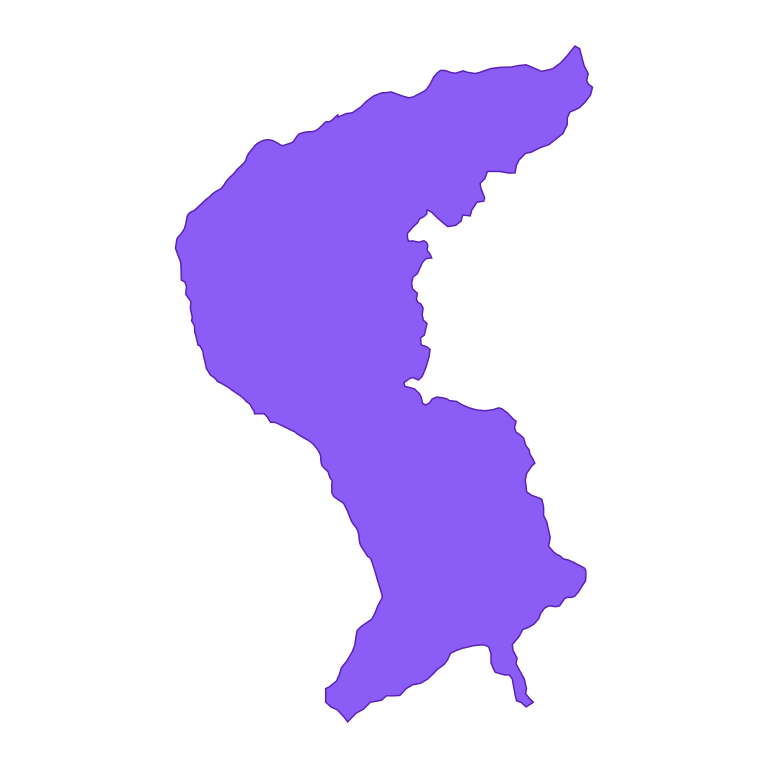 Laukkaing, Shan, Myanmar (Robinson projection)
{"feature_id": "60261553B25476839208576", "entity_name": "Laukkaing", "entity_type": "district", "adm_level": 2, "iso_a3": "MMR", "parent_name": "Myanmar", "parent_adm1": "Shan", "projection": "robinson", "projection_center": [98.649, 23.808], "detail": "fine", "context": "isolated", "style": "filled", "palette": "violet", "viewbox_px": 768, "rotation_deg": 0, "n_neighbors": 0, "source": "geoboundaries", "source_scale": "gbopen_adm2", "svg_char_len": 5813}
<svg xmlns="http://www.w3.org/2000/svg" viewBox="0 0 768 768"><path d="M332.4,494.1L334.0,496.7L340.0,500.9L343.2,503.0L343.7,503.6L344.0,504.0L347.7,511.6L349.2,515.5L351.4,521.1L353.2,523.9L356.4,528.0L358.0,531.5L358.8,535.2L358.9,535.9L359.3,540.4L360.0,543.8L361.0,546.1L364.3,551.1L366.7,554.9L367.5,556.1L368.3,556.7L369.5,557.5L370.5,558.5L371.8,561.6L372.6,563.7L375.0,571.2L377.4,579.8L380.2,588.8L381.3,592.4L381.9,594.6L382.2,596.3L382.2,597.8L377.6,606.3L375.0,613.1L371.8,619.2L366.2,623.0L361.3,626.4L357.1,630.6L356.1,636.2L354.8,645.3L352.2,651.8L346.6,661.3L341.4,667.7L339.4,674.5L336.5,681.0L329.6,686.7L325.7,688.6L325.7,696.9L325.7,702.2L331.2,707.1L337.4,709.8L344.3,717.4L347.6,721.9L356.1,713.2L363.6,709.0L370.4,702.2L381.2,700.3L386.5,695.8L394.0,695.8L399.9,695.4L406.1,688.6L412.6,684.8L420.4,683.3L427.6,679.1L433.2,673.8L437.1,669.6L444.3,664.3L447.6,659.7L450.5,653.3L456.1,650.6L461.9,648.4L467.1,647.2L473.4,645.7L480.2,645.0L484.5,645.0L488.7,646.9L491.0,653.7L491.0,662.8L493.6,669.2L495.3,672.3L504.4,674.9L509.3,674.9L512.3,679.1L513.2,684.4L514.5,691.2L515.2,695.1L516.5,700.7L521.4,702.6L526.1,706.9L533.3,702.3L529.4,698.4L525.6,693.6L526.5,689.0L524.4,679.2L519.6,670.5L516.0,663.7L517.0,658.0L513.0,650.4L512.3,644.4L518.9,636.8L522.8,629.4L528.3,627.5L534.0,624.1L538.7,618.7L540.6,613.4L544.3,608.4L547.9,606.3L549.8,605.9L555.6,606.7L559.6,605.9L561.3,603.3L564.9,598.3L567.7,597.3L571.4,597.4L574.6,596.3L578.4,592.0L582.9,584.8L585.5,581.1L585.9,575.1L585.8,570.7L584.6,568.2L580.8,566.1L576.1,563.8L573.6,562.4L568.3,560.0L563.5,559.0L559.6,555.6L556.7,554.6L553.1,551.4L548.6,546.2L550.2,537.4L548.3,529.2L546.8,522.0L543.6,515.5L543.6,507.3L541.9,499.3L538.8,497.9L531.6,495.3L526.7,491.9L525.3,480.1L526.6,473.5L531.8,465.9L534.8,463.3L533.0,459.2L529.8,453.9L529.2,449.9L525.8,445.6L523.7,438.2L520.0,434.8L515.9,432.0L514.5,427.5L516.1,421.2L513.0,418.9L507.4,412.8L501.7,408.7L498.6,407.9L492.7,409.8L485.2,410.7L476.8,410.0L468.5,407.6L462.1,404.8L456.2,401.3L449.9,400.7L446.2,398.7L442.1,397.7L436.9,397.1L432.2,399.0L429.7,402.7L425.9,405.0L422.6,403.4L421.2,397.2L419.4,393.6L414.5,389.0L409.3,387.4L404.8,386.4L404.0,382.6L409.1,378.9L412.5,377.5L418.5,380.0L422.1,376.6L425.8,367.8L429.2,356.2L430.0,349.3L426.9,346.8L421.1,344.9L420.6,337.8L424.2,335.2L426.0,328.0L427.0,323.6L423.3,320.1L422.2,314.8L423.1,308.2L420.7,303.8L417.8,302.4L416.4,298.8L417.4,293.3L412.5,288.9L411.6,282.9L413.0,277.0L417.2,273.8L419.8,268.3L422.2,262.8L425.9,258.7L429.8,258.1L431.7,258.0L430.3,254.6L427.1,250.3L427.8,245.2L426.6,242.6L423.9,240.7L418.9,242.2L412.7,240.9L408.5,241.2L407.5,238.1L407.4,233.2L408.1,232.6L411.5,228.7L413.4,226.5L417.4,222.9L419.6,218.9L423.6,216.8L426.8,214.0L426.7,210.0L428.8,210.7L431.9,212.4L436.8,217.3L442.7,222.5L447.8,226.6L455.8,225.3L461.1,221.0L462.7,215.0L470.2,215.9L471.8,210.0L477.0,202.1L483.7,201.2L484.6,197.9L480.8,187.8L480.1,183.4L484.8,178.8L487.4,171.4L500.2,171.5L508.3,173.0L515.0,172.9L516.4,165.4L519.0,160.0L525.6,153.3L531.2,152.2L540.0,147.7L548.9,144.6L562.9,133.5L567.1,124.9L567.3,124.3L567.2,118.1L569.8,112.2L579.3,107.8L585.3,101.9L590.5,95.0L592.5,87.3L588.2,83.9L586.6,80.5L588.2,73.7L584.0,65.4L579.6,48.6L574.9,46.1L571.9,49.8L567.3,55.6L560.5,63.0L552.6,68.8L546.8,70.2L541.5,71.4L534.5,68.3L526.2,64.8L519.1,65.5L510.9,67.1L499.4,67.4L490.8,68.6L484.7,70.6L479.6,72.5L475.2,73.5L471.1,72.9L466.9,72.2L463.2,70.8L459.6,72.0L455.6,73.2L451.4,72.7L445.0,70.5L440.6,70.4L437.4,72.8L433.6,77.1L429.9,84.6L425.8,90.2L420.7,93.0L413.1,97.0L408.7,97.8L401.8,95.8L391.3,92.0L385.9,92.6L381.6,92.9L374.0,95.8L367.0,100.8L361.0,106.8L352.3,112.8L346.2,113.6L338.0,117.1L337.8,114.9L336.6,115.8L334.2,118.1L331.7,120.4L330.2,121.4L328.8,121.8L326.8,121.6L325.7,121.9L324.1,123.3L322.9,124.7L320.3,127.2L318.1,129.1L315.8,130.6L314.2,131.2L312.3,131.6L309.8,131.7L309.3,131.7L306.9,131.9L304.4,132.3L302.6,132.7L299.9,133.7L298.6,134.4L296.6,136.7L294.6,139.8L293.2,141.7L291.8,142.6L288.6,143.8L286.0,144.6L283.7,145.4L282.4,145.6L280.7,145.1L278.4,143.6L275.6,142.0L273.5,140.9L271.9,140.4L269.5,139.9L266.4,139.8L263.9,140.3L260.6,141.6L258.7,142.7L257.3,143.5L254.5,145.9L253.1,148.1L251.6,149.8L249.1,152.8L247.4,155.5L246.8,157.3L245.7,160.3L244.5,162.4L240.6,166.2L238.8,167.9L237.0,169.7L233.2,174.3L230.4,176.8L228.3,179.0L227.5,179.9L226.0,181.8L223.8,185.2L221.7,187.8L220.6,189.0L218.8,189.8L215.1,192.0L214.2,192.6L211.8,194.5L210.0,196.4L209.8,196.5L209.7,196.7L209.4,197.0L207.5,198.3L205.5,199.9L203.4,202.0L200.9,204.4L198.3,206.7L196.1,208.9L194.6,210.2L192.6,211.2L191.0,211.9L189.3,213.1L188.1,214.5L187.2,216.2L187.3,216.3L187.2,216.5L186.3,220.8L186.0,223.0L184.5,228.5L183.2,230.7L181.4,233.4L180.0,234.9L178.9,236.2L177.8,237.5L176.8,239.4L176.5,241.3L175.5,248.4L180.8,262.6L181.4,280.1L184.7,281.8L185.1,282.8L186.4,286.2L185.8,294.4L191.0,301.7L190.3,308.1L192.3,317.6L191.5,320.7L194.4,325.6L194.5,327.2L194.7,330.4L194.7,331.3L195.0,333.2L195.3,333.9L195.6,334.6L198.1,345.3L199.7,345.5L199.8,345.6L200.1,346.2L201.9,349.3L203.0,351.7L203.4,355.4L205.9,365.5L206.2,368.0L207.1,369.6L207.3,369.9L210.4,375.0L215.3,378.5L217.2,381.1L218.6,382.0L221.5,383.4L224.9,385.3L229.2,387.9L229.4,388.1L233.6,391.3L239.6,395.2L240.0,395.4L243.6,398.5L246.6,401.7L247.6,402.4L249.2,403.5L250.3,404.7L251.6,407.2L253.0,409.7L253.9,410.6L254.6,413.9L259.2,413.7L264.1,413.7L267.5,417.3L270.5,422.2L275.5,422.5L295.4,432.2L296.6,433.5L300.1,435.7L303.5,437.7L307.7,440.0L308.4,440.4L312.2,443.2L314.4,445.5L317.8,449.8L320.2,454.3L320.8,457.3L320.8,459.1L320.9,460.8L321.3,463.4L321.9,465.2L324.2,468.2L326.8,470.4L328.2,472.1L329.3,475.9L330.3,478.2L331.8,480.2L332.2,481.8L331.7,485.3L331.9,490.2L331.8,491.8L331.8,492.0L332.4,494.1Z" fill="#8b5cf6" stroke="#5b21b6" stroke-width="1.5"/></svg>